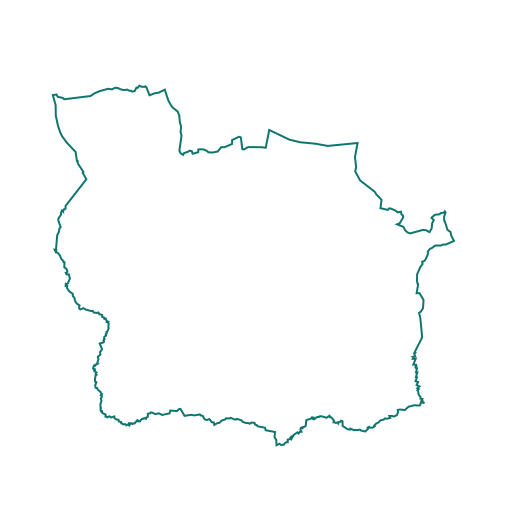 Phon, Khon Kaen, Thailand, rotated 81°
{"feature_id": "78962969B25961051879193", "entity_name": "Phon", "entity_type": "district", "adm_level": 2, "iso_a3": "THA", "parent_name": "Thailand", "parent_adm1": "Khon Kaen", "projection": "robinson", "projection_center": [102.624, 15.82], "detail": "fine", "context": "isolated", "style": "outline", "palette": "teal", "viewbox_px": 512, "rotation_deg": 81, "n_neighbors": 0, "source": "geoboundaries", "source_scale": "gbopen_adm2", "svg_char_len": 6091}
<svg xmlns="http://www.w3.org/2000/svg" viewBox="0 0 512 512"><g transform="rotate(81 256 256)"><path d="M280.7,438.6L281.3,437.7L280.5,434.5L282.1,432.9L284.6,427.4L284.7,425.8L286.5,425.1L287.4,421.8L287.1,420.6L289.0,419.8L290.1,417.2L292.2,417.4L292.9,415.8L294.4,415.6L294.2,414.2L297.6,413.6L297.3,412.8L297.8,412.2L298.3,413.2L298.7,412.4L300.0,412.1L303.2,413.0L304.1,412.7L307.6,414.8L307.7,415.6L309.4,415.8L309.6,416.6L311.2,416.5L312.0,418.4L313.8,419.0L314.4,418.6L315.5,419.9L316.5,419.5L317.5,420.0L318.0,424.1L324.0,422.6L326.5,425.1L329.0,425.1L330.8,428.0L333.2,427.8L336.8,429.5L337.5,428.9L338.4,431.2L338.2,431.8L339.3,432.3L338.9,433.2L341.4,434.5L342.3,434.2L342.4,433.3L343.7,433.6L343.4,432.9L345.6,432.7L346.1,431.8L346.8,432.6L347.7,432.8L348.4,432.2L348.6,433.0L352.7,434.4L355.1,434.5L355.7,433.4L358.7,435.1L361.1,435.0L361.7,433.5L363.0,433.3L366.3,430.6L367.7,430.5L368.1,429.9L368.6,430.5L369.3,430.2L369.5,430.9L370.4,430.2L371.6,430.6L372.4,431.6L374.8,431.3L378.0,432.8L381.1,433.3L381.9,432.9L383.3,433.7L385.5,433.2L385.2,432.4L387.2,432.2L389.0,429.4L391.0,429.8L391.1,429.0L392.1,428.2L391.4,425.8L392.8,424.4L392.3,421.1L393.9,421.1L395.5,419.6L396.3,417.4L397.9,417.4L398.9,415.2L400.2,415.3L400.6,414.2L401.5,413.7L401.6,411.5L403.0,410.6L402.4,409.1L403.4,407.8L401.3,407.6L401.5,406.8L402.4,406.5L401.6,405.5L402.7,404.1L402.1,403.2L402.4,402.1L399.6,399.0L399.9,398.4L400.8,398.7L401.2,396.3L400.4,396.0L399.1,394.1L399.2,392.8L398.6,391.9L399.6,390.2L398.5,389.9L397.8,388.0L394.9,387.5L394.7,385.0L394.1,384.6L394.2,383.5L396.4,380.1L396.2,376.5L398.3,373.6L397.9,366.0L395.2,364.8L396.8,358.5L395.1,355.7L395.2,354.5L402.7,351.6L402.7,345.0L403.8,341.8L403.7,336.2L404.7,335.7L405.6,333.6L409.2,332.3L410.3,330.2L409.8,327.5L413.3,325.7L413.8,323.7L416.3,323.6L415.0,320.3L415.1,318.4L413.1,315.4L412.6,312.1L411.6,310.9L412.3,307.6L411.9,306.4L414.0,302.9L414.4,301.4L413.9,300.6L414.7,298.6L416.2,295.9L417.7,295.1L419.5,291.8L419.8,289.6L420.7,288.5L419.8,286.5L420.6,283.6L422.4,283.2L423.3,281.5L424.4,281.1L427.0,274.0L429.6,273.7L432.8,264.8L437.9,266.0L440.7,264.8L446.1,265.3L445.1,262.2L446.7,260.7L446.6,257.8L445.4,256.9L444.7,255.2L444.9,253.8L442.3,253.4L442.1,250.7L442.7,249.9L441.0,248.7L440.5,250.0L439.7,249.1L439.7,247.4L438.6,246.8L436.7,242.7L438.0,241.7L436.6,240.4L436.7,238.6L434.6,239.2L433.1,238.9L432.5,237.7L433.4,237.0L432.2,236.0L432.3,235.0L431.6,233.5L426.0,232.0L425.1,226.6L424.1,226.0L424.6,224.5L425.8,225.2L426.4,224.2L424.6,220.8L424.8,219.0L424.3,218.2L424.6,216.2L426.8,211.7L425.3,208.4L426.7,208.3L427.1,206.9L430.6,204.8L432.4,205.4L432.5,204.3L433.4,203.3L433.1,201.4L434.2,201.0L433.0,200.3L432.9,198.6L432.0,197.8L432.7,196.4L437.4,197.0L441.5,192.6L442.2,190.2L441.3,189.8L443.4,186.4L443.1,185.7L443.7,184.4L443.8,180.5L444.8,179.6L446.4,175.6L444.3,172.5L442.9,172.6L442.5,170.9L443.2,170.7L443.8,167.9L443.2,166.1L442.7,165.3L441.8,165.7L440.1,163.1L439.6,161.0L437.8,158.8L437.6,155.5L436.6,154.2L437.2,152.2L436.9,148.7L434.9,149.3L435.2,146.7L436.1,145.1L435.3,141.9L432.7,140.2L430.3,140.1L430.1,138.0L431.4,133.0L428.7,128.9L428.2,122.7L429.2,118.5L429.1,117.4L426.5,116.0L427.5,112.6L425.9,114.7L425.2,114.3L424.8,115.1L423.3,114.0L422.7,115.9L421.2,115.5L418.1,117.1L414.3,117.0L414.0,117.5L412.9,116.1L411.9,117.4L410.3,115.0L408.6,117.6L405.8,115.6L404.6,118.0L401.0,116.0L400.5,117.0L396.2,114.8L396.0,116.2L392.3,114.6L391.7,115.5L391.0,114.9L390.4,115.8L389.3,114.8L388.5,114.9L387.9,117.6L382.3,114.3L382.1,117.2L380.7,116.3L380.2,116.8L379.9,114.5L377.0,115.0L376.6,114.0L376.2,114.6L363.1,105.1L360.8,104.5L342.6,103.4L337.7,103.9L336.6,101.7L333.6,99.2L325.7,97.4L318.3,100.3L317.9,103.2L309.1,100.2L308.6,100.8L305.7,100.9L299.2,99.7L292.7,95.5L289.9,92.7L287.7,92.8L287.3,90.6L285.8,89.0L281.2,86.0L278.4,85.5L276.2,83.1L275.4,80.4L273.7,77.6L274.6,71.6L274.0,69.9L274.3,66.5L272.1,58.1L265.8,60.1L262.8,60.1L260.1,62.8L251.5,64.0L250.8,64.6L246.6,64.1L242.6,62.0L241.5,62.5L242.5,63.4L242.6,67.0L243.5,68.1L243.3,72.9L245.3,76.2L245.8,76.7L248.3,74.8L251.5,77.0L256.1,78.1L259.6,80.9L257.2,84.0L256.3,86.7L257.8,100.2L256.5,102.6L254.0,104.6L250.2,105.9L246.8,111.7L246.1,108.9L240.8,104.5L239.1,104.6L237.5,105.8L234.9,105.9L235.0,109.4L233.0,111.0L230.3,115.3L229.8,117.1L231.1,118.6L228.2,125.6L220.2,123.2L214.0,127.5L211.1,128.7L197.7,141.3L188.0,144.8L184.0,143.2L173.9,142.8L160.3,138.0L158.5,167.9L154.4,179.7L150.6,194.5L146.3,204.8L133.6,223.2L150.6,229.5L149.5,233.1L147.4,245.5L147.4,247.6L148.9,251.2L148.3,252.8L136.5,252.4L135.6,254.1L137.7,261.4L141.6,262.1L143.6,270.1L143.1,273.4L146.8,277.4L147.0,282.8L146.1,286.9L144.9,287.6L142.5,291.0L141.8,295.3L141.8,296.3L144.5,296.9L145.1,302.6L142.4,303.0L141.8,304.8L140.9,304.7L141.7,305.1L142.5,307.1L143.1,311.0L144.7,312.2L142.7,314.4L139.9,315.2L125.4,310.7L121.8,311.1L116.3,309.7L112.3,310.3L105.3,309.8L101.2,310.7L96.2,315.2L92.6,316.9L88.5,318.3L77.4,320.1L79.4,326.2L79.5,331.2L80.6,336.0L72.1,337.9L71.1,338.7L71.5,339.5L71.0,342.4L69.6,344.6L71.4,346.5L71.0,347.7L74.3,350.2L74.1,352.9L73.1,353.8L73.1,355.0L71.5,357.3L71.5,360.5L70.0,364.1L68.7,365.7L67.8,368.7L68.9,372.2L67.7,375.8L68.8,385.2L70.1,390.1L72.1,394.5L71.2,420.9L69.6,422.1L67.8,426.9L65.3,427.8L65.3,429.9L65.3,431.5L75.7,430.3L86.1,431.8L96.5,431.2L104.0,429.9L107.4,428.8L114.8,424.9L125.0,417.9L134.3,418.0L134.3,417.4L137.0,417.4L146.0,413.3L146.6,414.1L153.7,411.6L176.8,436.3L179.5,436.7L179.9,438.5L180.9,439.0L180.8,439.5L181.9,439.6L180.7,440.5L182.5,441.7L184.8,442.2L188.0,445.3L190.1,445.7L196.8,444.4L198.4,446.0L201.2,446.8L204.4,449.1L217.8,452.4L218.5,452.9L218.2,453.9L219.3,453.6L219.5,452.5L221.1,453.1L221.9,451.2L225.0,449.5L228.2,448.9L230.9,447.1L232.0,447.1L232.3,446.1L237.1,447.1L239.4,445.1L241.8,444.7L242.5,445.0L242.8,446.5L244.5,446.0L244.9,443.7L249.0,443.3L253.5,446.0L254.2,447.4L253.7,448.2L255.8,448.7L256.2,447.1L257.8,447.8L261.7,446.0L264.7,442.9L267.0,443.2L268.6,442.0L272.5,441.6L274.8,440.6L277.2,438.0L279.4,438.9L280.7,438.6Z" fill="none" stroke="#0f766e" stroke-width="2"/></g></svg>